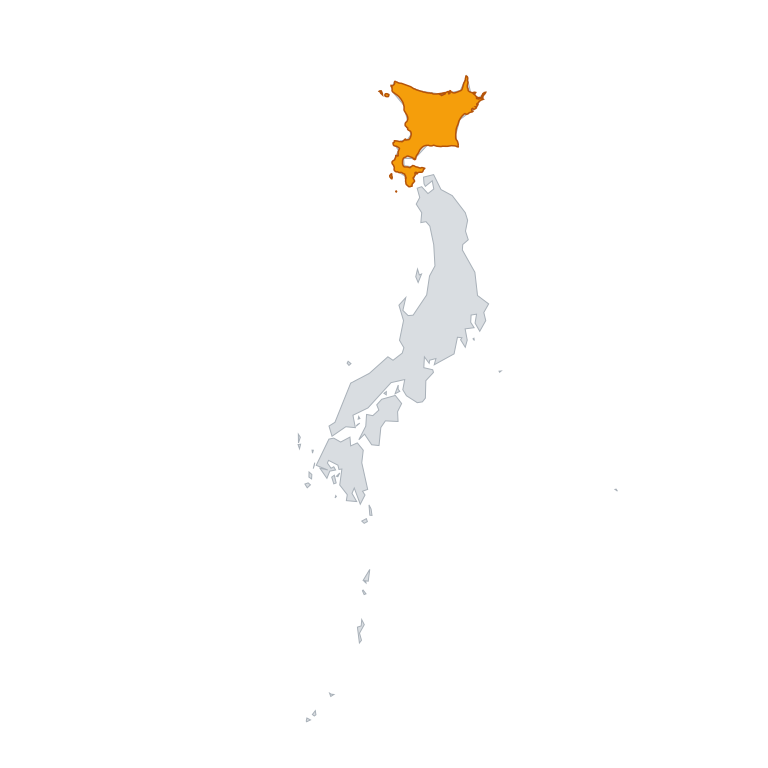 where Hokkaidō sits in Japan, rotated 332°
{"feature_id": "JPN-1847", "entity_name": "Hokkaidō", "entity_type": "Circuit", "adm_level": 1, "iso_a3": "JPN", "parent_name": "Japan", "parent_adm1": "", "projection": "natural_earth1", "projection_center": [142.428, 43.461], "detail": "fine", "context": "in_parent", "style": "filled", "palette": "amber", "viewbox_px": 768, "rotation_deg": 332, "n_neighbors": 0, "source": "natural_earth", "source_scale": "10m", "svg_char_len": 9836}
<svg xmlns="http://www.w3.org/2000/svg" viewBox="0 0 768 768"><g transform="rotate(332 384 384)"><path d="M516.0,219.9L526.1,222.4L525.6,239.1L532.7,249.7L536.2,270.9L534.7,278.7L527.7,287.3L526.1,296.2L519.0,297.8L516.1,302.5L516.7,328.0L508.1,349.8L514.0,362.4L505.7,367.7L503.6,375.8L493.3,382.4L493.0,373.0L498.5,365.8L493.3,364.0L489.5,370.2L490.0,376.6L481.5,373.4L478.1,384.3L473.0,389.7L472.4,380.9L474.5,379.7L470.8,377.2L460.0,390.3L437.4,390.6L441.8,385.9L435.5,384.4L433.6,386.9L432.4,379.0L426.8,388.3L433.7,394.3L433.1,397.0L422.5,400.7L413.9,415.9L409.5,417.8L404.6,416.1L398.3,404.9L397.9,397.9L404.4,389.8L390.9,386.1L358.6,397.6L341.9,397.0L338.2,409.1L330.2,403.8L313.6,405.7L315.7,395.3L322.7,394.8L355.0,367.6L376.2,367.7L400.2,361.8L403.1,367.3L414.6,365.3L418.6,361.3L418.2,352.7L431.0,337.2L434.2,321.4L443.8,317.9L435.2,327.9L437.4,334.9L442.0,336.9L463.5,325.4L474.9,310.0L484.4,303.7L493.3,284.4L498.6,266.1L497.3,260.4L492.3,258.8L497.7,250.5L496.9,240.3L503.1,236.1L505.2,226.7L509.9,227.5L512.2,236.5L519.5,235.2L522.0,227.2L513.3,228.9L513.3,226.1L516.0,219.9ZM572.0,156.0L589.2,160.7L601.7,150.9L597.4,167.1L601.4,175.9L610.9,173.9L593.4,183.3L575.0,186.2L564.5,197.5L560.8,207.8L533.9,193.6L517.1,199.4L507.3,194.1L504.3,200.6L520.2,212.5L510.7,212.3L503.0,221.1L498.4,220.7L499.9,209.9L494.7,201.0L495.3,193.5L506.4,184.4L505.7,175.9L520.1,178.9L524.7,176.5L532.3,147.1L528.9,130.8L530.5,124.8L535.7,122.2L553.9,142.6L572.0,156.0ZM318.5,414.9L329.0,414.9L325.5,423.0L332.8,423.5L334.6,432.7L327.4,443.1L320.1,469.4L314.7,468.6L315.1,473.1L306.6,479.0L308.9,461.9L304.4,465.5L304.7,475.0L296.0,469.3L299.6,464.5L297.5,452.4L306.9,439.3L304.1,438.3L305.2,434.0L299.2,425.4L296.9,427.2L297.7,433.5L300.8,433.5L300.9,437.2L295.2,435.5L289.3,440.5L287.9,428.3L294.0,433.5L286.0,424.0L309.5,406.8L314.2,408.2L318.5,414.9ZM374.8,396.4L388.6,399.4L390.4,409.5L383.0,414.8L378.8,423.7L367.9,417.2L360.8,420.9L350.7,436.0L344.6,431.9L343.3,419.2L335.6,421.4L348.1,412.7L354.3,402.7L359.3,406.7L367.2,404.6L367.8,399.0L374.8,396.4ZM253.6,587.2L245.4,592.5L243.8,599.7L240.7,601.1L246.4,586.2L250.3,586.9L253.7,581.6L253.6,587.2ZM468.8,304.5L461.8,310.4L462.4,304.2L467.5,298.3L466.4,304.3L468.8,304.5ZM284.4,541.0L277.5,550.7L273.4,547.6L284.4,541.0ZM295.3,448.9L292.8,448.6L294.1,441.7L297.3,441.2L295.3,448.9ZM394.5,397.9L389.2,397.8L396.1,391.6L394.0,395.2L394.5,397.9ZM304.7,497.7L301.1,497.7L300.0,494.6L305.2,494.6L304.7,497.7ZM285.1,391.7L280.8,395.9L284.8,388.1L285.1,391.7ZM311.7,494.4L309.9,493.2L314.0,483.7L313.9,488.3L311.7,494.4ZM267.2,435.2L270.6,435.7L271.7,438.5L267.5,439.6L267.2,435.2ZM282.1,398.0L279.0,401.5L279.7,397.1L282.1,398.0ZM161.4,646.1L157.1,645.9L157.1,645.1L159.1,642.7L161.4,646.1ZM364.4,350.5L361.8,351.1L361.2,348.3L363.0,347.1L364.4,350.5ZM275.5,433.8L274.0,431.0L276.5,426.5L277.8,430.0L275.5,433.8ZM170.0,640.2L168.6,644.1L166.6,644.4L165.6,642.2L170.0,640.2ZM269.6,560.8L267.6,560.6L267.9,556.4L268.8,556.1L269.6,560.8ZM523.4,131.7L520.5,130.8L520.3,129.6L522.6,128.9L523.4,131.7ZM303.2,441.8L299.7,444.2L298.7,443.1L303.2,441.8ZM488.2,205.4L486.8,202.9L489.3,202.0L488.2,205.4ZM339.5,408.2L341.6,407.3L344.3,407.2L339.5,408.2ZM518.9,123.6L518.4,128.0L517.2,123.3L518.9,123.6ZM284.6,422.8L281.8,425.5L285.9,420.9L284.6,422.8ZM194.0,634.6L190.3,634.9L190.8,631.4L191.8,633.1L194.0,634.6ZM290.5,409.3L288.4,411.5L289.4,408.6L290.5,409.3ZM382.5,391.8L380.9,394.6L379.6,392.2L382.5,391.8ZM275.3,549.5L274.7,551.3L273.9,549.1L275.3,549.5ZM484.9,385.8L484.2,388.0L483.8,385.9L484.9,385.8ZM289.1,461.0L287.3,461.6L289.0,459.9L289.1,461.0ZM346.4,400.8L346.5,403.2L344.7,402.9L346.4,400.8ZM493.6,427.5L491.6,427.9L491.6,426.7L493.6,427.5ZM539.6,585.8L539.8,588.2L538.5,585.5L539.6,585.8Z" fill="#d9dde1" stroke="#a8b0b8" stroke-width="1"/><path d="M609.3,173.7L610.8,174.2L610.5,174.5L609.8,174.6L609.5,175.1L608.5,175.3L608.0,175.7L607.0,175.7L606.6,176.4L605.9,177.0L605.5,178.2L604.9,179.0L605.1,179.2L604.5,179.2L603.6,178.8L602.7,179.0L600.7,179.1L600.3,179.3L599.9,179.7L599.3,179.9L597.5,180.2L597.3,180.4L597.2,180.7L597.3,181.1L598.1,181.4L597.8,181.7L597.0,181.7L596.8,182.2L596.4,182.5L595.9,182.5L594.9,182.2L595.4,183.1L595.4,183.4L595.2,183.6L593.6,183.8L593.0,183.8L592.4,183.6L591.8,183.1L591.8,182.3L591.0,182.2L590.2,182.8L589.8,183.8L589.9,184.2L590.7,184.9L589.9,185.2L587.1,184.5L585.6,184.7L585.1,184.9L584.5,184.8L583.1,184.4L582.8,184.0L582.5,183.3L582.2,183.2L581.8,183.2L579.1,183.9L576.4,185.1L573.4,187.1L571.5,189.2L568.6,191.6L567.3,193.0L564.9,196.6L563.0,200.0L562.6,201.0L562.5,202.1L562.8,204.1L562.6,205.2L562.1,207.1L561.9,207.6L561.4,208.1L561.1,209.2L560.9,209.5L560.6,209.4L559.8,208.7L559.4,208.0L558.5,207.1L555.4,205.2L551.5,203.9L547.4,201.6L545.7,201.1L542.2,198.8L540.0,196.5L538.0,196.2L536.4,195.3L535.3,194.1L533.2,193.1L531.5,192.7L529.7,192.7L528.0,193.1L525.7,194.0L522.5,196.3L521.9,196.5L521.5,196.9L520.6,197.2L519.1,198.2L517.7,200.0L517.4,200.3L516.9,200.4L516.4,200.3L516.0,199.7L516.9,199.8L517.0,199.7L517.1,199.4L516.3,199.1L515.8,198.6L515.4,197.5L512.2,194.0L511.3,193.6L509.6,193.8L508.2,193.6L507.7,193.6L506.8,194.0L506.1,194.6L505.3,195.4L504.3,197.2L503.8,198.1L503.5,199.2L503.4,200.3L503.6,201.4L504.1,202.0L506.1,203.1L506.8,203.5L508.2,205.0L508.5,205.2L509.7,204.9L511.0,204.8L511.7,204.5L512.9,205.3L513.2,205.9L514.1,207.2L515.5,208.3L516.8,209.9L517.5,210.4L518.9,210.6L519.4,210.9L520.8,212.2L521.2,212.7L521.0,212.9L519.6,213.2L518.1,214.5L517.4,214.8L516.5,214.6L514.8,213.7L513.8,213.4L512.9,213.4L512.0,213.9L511.6,214.0L511.4,213.7L511.6,213.3L512.1,212.8L512.0,212.4L511.6,212.1L511.1,211.9L510.7,212.0L510.3,212.3L509.6,214.2L508.4,214.8L508.0,215.2L506.6,215.6L506.2,216.5L506.4,218.5L506.2,219.3L505.5,219.7L503.1,220.5L502.4,221.1L502.1,221.5L501.8,222.4L501.3,222.4L500.4,222.0L499.7,222.1L498.5,221.4L498.0,220.0L497.4,218.5L497.4,218.0L497.4,217.5L497.8,216.7L498.2,215.2L499.2,213.6L499.4,212.7L499.5,212.5L500.1,212.6L500.3,212.3L500.4,211.6L500.2,211.1L500.6,210.7L500.8,209.9L500.5,209.0L500.5,208.6L500.7,208.2L500.0,207.5L499.0,205.8L498.4,205.2L496.5,204.4L496.1,203.9L495.6,203.0L494.8,202.7L494.0,202.0L493.8,201.7L493.4,200.2L493.5,199.7L493.7,199.2L494.6,197.9L494.8,197.4L495.0,196.3L495.0,195.2L494.7,193.4L494.9,192.4L495.6,191.5L496.4,191.2L498.7,191.0L499.0,190.8L499.9,189.8L500.6,189.5L501.6,187.9L501.9,187.8L502.3,188.2L503.1,189.1L503.5,189.2L503.9,188.9L504.1,187.8L504.2,187.5L504.6,187.4L505.3,185.9L507.0,184.3L507.8,183.8L508.2,183.4L508.3,182.9L507.8,182.2L507.5,181.3L506.6,180.0L505.2,178.8L504.7,178.2L504.5,177.2L505.1,175.4L506.5,175.3L506.9,175.0L507.1,174.3L507.3,174.2L507.6,174.2L510.1,175.9L511.1,176.9L511.5,177.2L512.8,177.8L513.5,178.5L513.8,178.6L515.8,178.3L517.2,177.8L517.7,177.7L517.9,177.8L517.5,178.6L517.9,179.0L518.8,179.2L520.7,179.9L521.3,179.8L521.9,179.5L523.3,178.5L524.6,177.2L525.2,176.5L525.7,175.5L526.0,174.5L526.0,173.3L525.7,172.7L524.7,171.2L524.5,170.5L524.5,170.0L525.1,169.2L524.5,168.0L524.6,167.5L524.2,166.5L524.0,165.9L524.4,164.9L525.0,164.0L525.7,163.4L526.2,163.2L527.0,163.1L527.7,162.8L528.8,161.9L529.4,161.3L529.9,160.4L530.3,159.3L530.5,157.3L530.2,152.2L530.4,151.3L532.0,148.6L532.9,144.4L532.9,143.3L532.7,140.3L532.1,137.3L531.5,135.7L529.0,130.6L528.7,129.5L528.9,128.5L529.6,127.6L529.8,126.9L530.2,126.3L530.2,125.9L530.0,124.7L530.2,123.9L530.5,123.6L530.7,123.8L530.8,124.0L531.0,124.8L533.5,124.3L534.5,123.7L534.6,122.8L534.9,122.4L535.4,122.0L535.8,121.9L536.1,122.2L536.7,123.2L537.2,123.5L538.0,124.8L538.7,125.5L540.4,126.6L541.1,127.3L547.2,134.1L549.0,137.4L549.6,137.8L550.6,139.3L554.3,143.1L554.9,143.4L555.7,144.6L556.9,145.4L558.4,146.8L560.0,148.0L560.7,148.3L561.8,149.3L562.8,149.6L563.2,150.5L563.9,151.2L566.7,152.7L571.1,154.3L571.1,154.5L569.5,154.3L569.2,154.5L569.9,155.2L570.1,156.1L570.4,156.0L570.9,156.4L571.2,156.4L574.2,156.5L574.7,156.0L575.3,155.6L577.7,155.8L578.7,156.3L578.1,156.6L577.8,156.9L577.4,158.1L578.3,158.4L578.6,158.3L579.0,157.7L579.5,156.2L580.0,156.0L580.4,156.3L580.3,157.0L580.7,158.0L581.2,158.3L581.5,159.1L581.7,159.3L582.7,160.0L583.7,160.3L586.4,160.7L589.7,161.0L590.6,160.8L591.4,160.3L593.6,158.1L595.6,155.9L596.9,155.1L597.8,154.3L598.5,153.9L599.4,152.3L600.5,151.2L600.8,150.6L601.1,150.5L601.3,151.0L601.8,151.8L601.7,152.8L601.3,153.7L600.2,155.1L600.0,155.6L599.8,156.8L599.7,157.2L597.9,159.3L597.4,160.0L596.7,161.8L596.9,162.3L596.8,162.8L596.1,164.4L596.2,164.9L597.0,166.5L598.5,168.1L599.0,168.9L599.3,170.1L599.5,170.3L599.9,171.3L600.4,173.4L600.8,174.3L601.5,175.2L602.4,175.8L601.8,175.9L600.6,175.0L600.0,174.8L599.9,175.0L599.8,175.3L599.9,175.6L600.9,175.9L601.0,176.1L600.7,176.2L601.0,176.6L602.3,177.0L603.9,177.1L604.8,177.7L604.9,177.4L604.5,177.0L604.4,176.7L606.1,175.1L607.1,174.7L607.4,174.2L607.6,174.0L608.8,174.0L609.3,173.7ZM524.0,130.4L524.2,130.7L523.8,131.2L523.7,131.5L522.9,132.1L522.5,132.2L521.2,131.5L520.6,131.0L520.2,130.4L520.5,130.0L520.3,129.5L520.9,128.7L521.6,128.5L522.2,128.7L522.9,129.1L524.0,130.4ZM489.1,201.8L489.4,202.1L489.2,202.6L488.6,203.5L488.3,205.3L488.0,205.8L487.3,206.5L487.1,206.4L486.8,206.0L486.8,205.7L486.7,205.3L486.7,204.8L486.4,204.0L486.7,203.1L486.9,202.7L487.2,202.5L488.1,202.3L489.1,201.8ZM518.8,123.6L519.1,123.8L519.2,124.3L518.9,126.7L518.4,128.1L518.3,127.8L518.4,127.5L517.7,126.1L517.6,125.6L517.8,124.4L517.7,124.1L517.1,123.3L517.5,123.2L517.9,123.9L518.1,123.9L518.8,123.6ZM600.8,168.8L601.7,169.5L601.8,169.8L600.8,170.1L600.5,170.5L600.2,170.7L600.1,170.2L600.3,169.9L601.2,169.5L598.7,168.3L600.8,168.8ZM573.1,154.8L573.7,155.2L574.9,155.3L574.2,155.5L573.4,155.3L571.8,154.8L571.8,154.6L572.2,154.6L573.1,154.8ZM485.5,219.5L485.5,219.9L485.0,220.2L484.9,220.1L484.8,219.8L484.9,219.4L485.5,219.5Z" fill="#f59e0b" stroke="#b45309" stroke-width="1.5"/></g></svg>